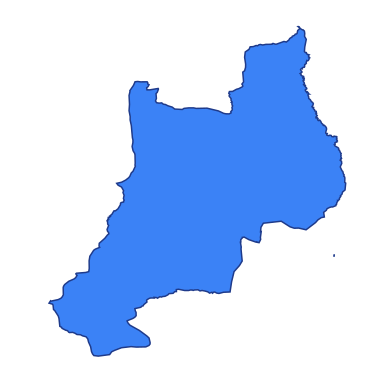 Shinyanga, Shinyanga, United Republic of Tanzania (Natural Earth projection), rotated 264°
{"feature_id": "72390352B3732768371218", "entity_name": "Shinyanga", "entity_type": "district", "adm_level": 2, "iso_a3": "TZA", "parent_name": "United Republic of Tanzania", "parent_adm1": "Shinyanga", "projection": "natural_earth1", "projection_center": [33.123, -3.598], "detail": "fine", "context": "isolated", "style": "filled", "palette": "blue", "viewbox_px": 384, "rotation_deg": 264, "n_neighbors": 0, "source": "geoboundaries", "source_scale": "gbopen_adm2", "svg_char_len": 6017}
<svg xmlns="http://www.w3.org/2000/svg" viewBox="0 0 384 384"><g transform="rotate(264 192 192)"><path d="M43.9,133.2L45.2,134.4L46.8,134.6L51.3,134.0L53.6,132.0L59.8,125.2L66.0,116.4L68.2,114.8L70.2,114.0L70.7,114.0L72.4,119.9L73.4,122.0L74.8,123.5L78.2,123.8L79.6,123.2L82.0,123.0L82.7,129.0L83.8,130.5L83.9,131.6L85.0,132.2L87.3,135.7L88.7,135.5L89.5,135.9L90.7,138.4L90.9,139.8L90.5,143.4L91.2,143.3L90.7,145.7L90.0,146.6L91.2,149.0L90.7,150.8L91.1,151.8L91.1,154.3L92.2,157.2L93.3,158.5L93.2,162.6L94.7,164.4L94.6,166.1L96.6,166.2L96.7,168.4L94.8,174.4L94.4,178.4L94.7,180.3L94.4,182.3L94.0,182.8L94.3,184.2L94.1,187.8L92.8,189.6L93.0,191.7L92.2,194.4L91.1,197.2L89.6,198.9L90.2,201.3L89.2,201.8L90.2,203.3L90.0,204.4L88.9,206.0L88.3,208.2L89.0,213.0L88.6,219.4L98.6,222.0L108.4,225.5L113.9,231.5L118.1,234.7L130.2,234.8L132.1,235.2L136.8,234.9L136.7,235.2L137.7,235.4L139.5,235.5L141.4,237.6L141.6,237.5L141.7,239.2L138.6,243.7L135.6,250.1L135.1,251.7L135.4,251.6L134.6,253.4L137.6,255.3L140.3,255.3L140.1,255.4L145.4,256.7L145.3,256.0L149.7,256.9L153.5,259.7L153.6,277.7L147.1,285.9L145.3,289.9L145.0,294.2L142.5,301.5L148.7,311.7L151.1,314.3L153.0,317.9L153.3,321.0L158.0,320.8L159.8,323.7L161.3,324.6L162.3,327.3L162.6,329.3L162.4,330.3L163.4,333.7L164.4,333.9L164.7,334.5L166.1,334.8L167.8,336.0L168.4,335.9L168.2,337.1L168.4,336.8L169.4,337.9L170.3,337.9L172.1,339.5L172.7,339.2L174.1,340.9L176.2,341.7L178.0,344.4L184.3,345.7L184.8,345.8L185.6,344.9L190.0,345.5L191.2,345.3L191.9,344.6L193.1,345.1L194.0,344.5L196.7,344.1L197.5,343.4L200.9,342.2L201.8,342.2L204.7,343.9L206.9,343.9L207.8,342.9L208.3,343.3L208.4,342.9L209.7,343.5L209.8,344.2L211.9,343.7L212.5,344.1L213.7,343.9L214.7,344.4L215.7,343.7L218.1,343.0L218.7,342.2L220.1,342.4L220.9,341.8L222.7,339.2L224.2,338.5L224.4,339.3L226.0,339.3L226.8,341.6L227.3,341.2L228.2,341.9L229.2,341.2L230.0,341.7L230.5,341.3L231.6,341.9L232.2,341.2L232.4,339.3L232.7,339.1L232.1,338.3L232.6,336.7L233.7,336.3L234.1,335.0L233.7,334.0L234.3,332.2L234.9,332.0L236.0,332.6L236.3,331.3L237.3,331.2L240.4,332.4L241.6,332.4L243.2,331.7L244.6,330.4L244.4,329.8L244.8,329.4L245.4,329.4L247.1,327.9L248.7,327.5L250.2,326.5L249.8,325.4L250.0,324.9L251.2,324.5L251.5,324.9L252.0,324.3L252.3,324.7L252.7,324.4L253.3,323.7L253.1,323.1L253.8,323.2L254.8,324.5L256.3,323.6L257.2,324.1L257.6,323.4L258.5,324.0L259.2,323.9L259.9,322.5L260.9,322.5L262.2,321.4L263.3,321.8L263.6,320.6L264.6,320.3L265.0,321.0L267.0,321.9L268.4,321.4L269.4,320.2L271.4,319.3L272.9,317.8L274.4,318.0L275.9,317.5L277.8,317.8L277.2,318.1L277.2,318.6L277.6,318.0L278.2,318.1L279.7,317.1L279.8,316.7L279.2,316.4L281.1,315.3L282.0,315.5L282.5,316.8L283.1,317.0L285.6,315.3L286.0,315.9L286.5,315.6L286.4,315.0L287.1,314.2L288.0,315.1L288.7,315.1L291.0,314.1L291.6,315.2L292.5,314.7L292.9,315.5L293.8,315.3L293.7,314.2L294.1,314.0L295.3,315.0L296.3,313.0L297.0,312.6L297.7,312.8L298.5,311.9L299.7,313.9L300.5,313.8L301.2,313.1L302.3,312.7L302.8,313.0L303.3,313.9L303.0,314.6L303.9,314.7L304.4,315.7L304.3,316.7L304.8,317.1L307.0,317.4L307.3,318.3L308.1,319.2L309.0,319.1L310.8,320.0L310.4,320.7L310.6,321.3L311.6,322.2L312.7,322.4L313.1,323.1L314.2,322.0L314.7,322.4L315.7,322.1L316.2,322.8L316.9,321.1L317.6,320.5L318.7,320.3L318.8,319.4L319.9,318.5L324.4,319.3L331.9,321.6L335.0,320.2L337.9,320.7L340.3,320.6L341.6,319.5L341.7,318.8L343.2,316.8L345.1,315.8L345.4,315.2L345.4,314.8L344.3,315.8L343.1,316.2L341.6,314.0L338.8,313.1L338.3,312.6L338.2,311.2L337.1,310.3L336.4,308.0L335.3,307.4L335.2,306.6L334.4,305.2L333.0,304.2L331.3,301.5L332.1,299.2L330.2,291.4L330.3,290.3L331.3,288.1L331.1,287.3L330.6,287.1L330.6,286.5L331.1,280.8L330.8,277.8L331.6,275.3L331.4,273.9L330.6,272.6L331.0,271.0L330.2,268.2L330.3,265.0L328.0,263.7L325.7,259.6L320.5,258.4L313.5,258.7L310.4,258.3L307.1,257.0L305.9,255.0L296.1,254.8L294.1,252.9L293.0,253.5L291.8,253.5L291.3,252.9L289.9,249.3L289.5,246.9L287.8,242.9L288.0,239.7L286.3,238.9L285.1,239.8L284.3,239.1L283.4,239.0L280.8,240.6L279.1,240.4L277.4,241.2L277.0,240.5L276.6,241.0L274.4,240.9L273.4,241.4L271.6,240.5L270.3,240.8L269.3,240.5L267.9,239.0L266.6,239.1L265.8,237.1L266.2,234.0L266.9,231.7L269.9,226.7L273.8,215.7L274.7,204.9L275.5,202.4L276.0,197.8L276.0,192.8L275.1,191.0L276.3,183.5L278.5,181.2L280.3,177.0L281.8,174.7L282.3,172.7L283.8,171.2L283.8,168.6L284.5,166.1L286.4,165.2L288.8,166.4L293.6,166.5L294.8,167.9L297.9,169.4L298.5,169.2L298.0,160.7L298.3,157.9L300.4,157.8L301.4,159.3L303.2,160.5L304.1,159.3L305.4,159.4L306.3,158.9L306.9,152.4L307.6,149.6L307.6,146.9L304.1,144.9L299.3,140.8L298.3,140.8L294.6,139.5L285.7,139.0L279.4,137.9L273.5,138.4L270.1,138.0L264.4,138.6L252.2,138.4L249.9,138.7L247.4,138.4L243.5,137.2L239.2,137.7L236.4,139.0L234.9,139.2L226.4,138.5L224.6,138.1L223.7,138.4L218.8,135.5L217.3,133.6L214.1,131.8L212.8,130.5L210.8,127.3L209.1,123.0L208.5,118.0L206.5,119.2L204.3,122.4L200.4,124.1L198.7,123.3L195.8,124.1L192.6,123.1L190.9,123.7L190.0,123.0L189.2,122.9L188.9,120.5L188.4,119.8L186.7,119.4L183.0,116.6L181.3,113.9L181.4,112.4L178.2,110.0L177.2,108.4L176.4,108.4L176.5,107.5L175.5,107.4L175.5,106.1L174.6,105.8L173.8,106.3L173.3,105.2L172.4,105.3L172.2,104.5L170.9,104.9L168.8,104.8L167.5,105.6L163.6,103.6L161.7,103.9L160.4,104.8L159.1,104.9L158.1,103.4L155.1,100.5L150.7,94.4L148.0,93.9L146.6,94.4L145.3,89.9L144.3,88.1L138.8,83.7L134.4,82.5L126.7,81.8L123.6,81.0L123.1,77.9L123.3,68.6L122.9,68.0L121.9,68.2L121.2,69.0L119.0,67.4L117.8,65.5L116.1,60.1L113.3,55.7L111.7,54.4L110.4,53.9L103.2,53.3L101.2,51.9L100.0,50.5L99.0,47.7L98.2,40.4L98.6,40.0L96.4,38.2L95.0,41.6L93.9,42.0L89.6,42.0L88.4,43.1L82.7,46.0L80.1,46.5L72.2,46.5L71.1,48.1L70.0,48.5L67.7,52.0L67.1,53.7L65.5,54.7L65.0,55.5L64.9,58.6L63.8,60.8L62.3,62.7L61.7,66.2L60.4,68.1L59.1,71.5L56.8,73.0L53.7,73.4L48.7,75.0L43.7,75.4L41.3,76.2L39.6,77.3L38.6,81.7L38.9,93.1L41.5,95.4L42.6,98.5L44.5,105.6L44.6,115.3L43.6,120.4L42.8,129.9L43.9,133.2ZM113.8,326.5L112.7,326.5L115.2,327.0L113.8,326.5Z" fill="#3b82f6" stroke="#1e3a8a" stroke-width="1.5"/></g></svg>